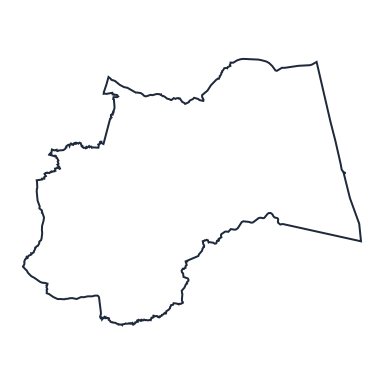 outline of Khuan Khanun, Phatthalung, Thailand
{"feature_id": "78962969B61181446150659", "entity_name": "Khuan Khanun", "entity_type": "district", "adm_level": 2, "iso_a3": "THA", "parent_name": "Thailand", "parent_adm1": "Phatthalung", "projection": "albers", "projection_center": [100.01, 7.757], "detail": "fine", "context": "isolated", "style": "outline", "palette": "slate", "viewbox_px": 384, "rotation_deg": 0, "n_neighbors": 0, "source": "geoboundaries", "source_scale": "gbopen_adm2", "svg_char_len": 5859}
<svg xmlns="http://www.w3.org/2000/svg" viewBox="0 0 384 384"><path d="M108.5,77.0L106.5,84.3L103.8,92.3L103.7,93.8L104.7,93.6L106.4,93.9L112.3,92.8L112.6,94.4L113.8,94.3L114.1,94.9L115.0,94.7L117.0,95.0L118.2,96.5L117.2,97.1L113.5,97.2L113.2,99.2L113.9,99.6L114.5,106.4L114.4,108.8L113.5,110.9L113.7,111.6L113.1,111.8L112.9,112.4L113.2,112.9L112.7,113.4L112.9,113.8L112.6,114.7L111.7,114.4L111.0,114.9L110.9,116.7L111.5,117.5L110.7,118.1L110.5,118.8L110.1,118.8L103.7,143.2L103.3,143.3L103.3,143.9L101.0,142.8L101.3,141.7L100.7,141.6L99.9,142.1L100.0,143.7L98.3,144.5L98.8,145.3L98.4,147.7L93.0,147.4L91.8,147.7L91.4,146.7L90.0,146.7L89.5,147.1L89.0,146.1L87.7,147.2L87.1,147.4L86.4,146.9L86.2,147.3L86.6,147.9L85.7,148.3L85.2,147.7L83.7,147.9L81.9,146.5L82.4,146.0L81.3,145.1L80.7,143.2L79.4,142.7L78.5,143.6L77.1,142.9L76.6,143.4L75.7,142.7L74.6,143.0L75.0,143.9L73.4,144.0L73.1,144.9L71.5,144.4L71.4,143.6L71.1,143.5L70.9,144.0L70.1,144.3L69.5,146.1L69.1,145.2L68.3,144.8L66.4,146.2L66.4,147.4L65.8,147.4L65.3,148.8L63.4,150.1L58.6,150.5L57.6,151.1L56.6,150.6L56.6,149.8L54.4,150.4L51.9,149.5L51.6,152.0L50.2,153.5L51.3,153.4L51.4,153.7L50.0,154.2L49.5,154.8L53.4,155.9L54.7,155.7L54.8,156.3L55.9,156.1L56.5,157.9L57.0,157.9L58.4,160.6L57.7,161.4L58.5,163.8L57.4,164.6L59.2,166.9L60.0,168.6L59.5,168.8L59.2,168.2L57.3,167.5L56.9,168.2L55.0,168.6L55.4,170.8L54.7,170.9L54.5,171.3L53.6,171.2L52.9,171.6L51.9,171.4L51.6,172.0L50.7,172.3L50.5,172.0L49.2,173.1L47.2,172.6L47.0,173.0L45.6,173.0L44.5,173.9L45.9,176.1L44.2,177.2L44.3,178.7L42.1,178.7L42.1,179.5L36.7,180.3L37.0,181.6L37.3,187.9L36.9,188.7L36.7,191.3L37.6,200.7L39.7,206.4L39.4,208.4L41.9,210.4L41.9,212.6L42.3,212.6L44.0,217.4L43.5,221.0L42.1,225.8L41.9,229.9L42.2,233.1L41.6,238.3L41.1,240.1L39.3,241.6L39.3,243.2L37.9,245.8L36.5,246.4L35.9,247.5L35.2,247.6L34.9,249.5L33.9,251.3L33.7,252.4L31.9,253.4L31.2,253.3L31.4,254.5L28.8,255.6L28.0,256.8L26.8,256.6L26.6,256.8L26.5,257.3L27.3,257.6L27.4,258.2L26.2,258.4L25.1,259.5L24.2,261.9L24.5,262.5L24.3,264.4L23.0,266.5L23.2,267.0L23.7,267.0L23.9,267.7L27.0,270.9L28.0,272.9L31.3,276.2L34.3,277.8L40.3,282.0L42.2,282.7L45.3,283.0L47.5,283.7L47.3,285.0L46.6,285.4L46.9,285.8L46.5,287.3L47.3,289.1L46.6,289.9L46.9,291.4L46.6,293.0L46.9,293.3L49.1,294.1L53.3,297.0L57.8,299.1L60.3,299.0L64.4,299.3L65.5,298.9L68.3,298.7L69.1,298.3L72.3,298.1L76.7,299.0L81.0,297.1L83.9,297.2L87.9,296.3L92.4,296.3L94.9,295.6L97.4,295.6L98.3,296.1L99.0,297.3L100.9,312.4L100.9,314.1L100.1,316.8L100.6,318.0L101.4,317.3L102.4,317.9L102.0,318.4L102.1,319.4L103.5,317.8L104.3,317.9L104.3,317.0L104.6,316.8L105.1,317.6L105.6,317.3L105.7,318.2L107.7,317.9L109.0,318.4L108.6,319.7L110.2,320.9L110.4,321.7L112.1,322.4L112.5,322.2L113.2,322.6L115.4,322.8L117.0,323.8L118.5,324.1L118.6,324.6L121.2,324.5L122.2,325.1L122.3,324.4L125.1,323.9L125.5,323.5L126.0,323.7L128.9,323.6L129.0,323.3L130.2,323.2L130.4,323.7L131.7,323.7L131.8,323.1L132.3,322.9L132.8,324.5L133.2,324.7L133.5,324.5L133.2,323.7L134.9,323.5L135.3,322.3L136.7,322.2L136.9,321.5L137.6,321.6L137.3,320.4L138.7,319.8L139.2,320.5L140.3,320.2L140.9,320.9L141.3,320.8L141.2,319.9L141.4,319.7L143.0,320.3L143.7,320.2L144.1,319.6L145.4,320.2L146.0,320.0L148.1,320.4L149.9,319.9L150.7,320.2L151.5,317.7L152.7,317.8L153.2,317.2L153.3,316.1L154.0,316.4L154.1,315.8L155.0,316.2L156.9,316.0L157.7,316.9L158.4,316.7L158.8,317.3L159.5,317.3L159.8,317.1L159.7,316.4L161.6,315.8L161.9,314.9L163.4,314.4L164.6,313.0L165.6,313.6L166.0,313.5L166.3,311.3L168.7,309.7L170.0,308.2L170.1,307.0L170.6,306.5L171.1,305.1L173.0,304.8L173.6,303.2L176.4,303.5L178.9,304.4L179.2,304.2L179.0,303.9L180.9,303.9L181.7,303.2L182.6,303.1L182.9,302.3L182.1,301.1L181.9,299.6L182.4,293.9L182.0,293.2L181.8,290.6L184.4,287.7L185.9,284.3L187.1,283.6L186.8,282.8L186.9,282.3L188.4,280.8L188.4,279.3L187.7,278.4L183.5,276.9L183.1,273.4L182.0,272.4L181.6,270.8L182.7,268.8L183.9,269.0L184.4,268.1L185.5,267.9L185.6,266.0L186.7,265.0L185.8,262.1L186.7,261.7L186.1,261.2L198.3,256.0L199.0,254.3L202.1,250.7L202.5,248.8L203.2,247.8L203.3,247.2L204.0,247.0L204.1,245.5L203.3,244.1L202.8,241.2L204.3,240.8L204.7,240.3L205.7,240.4L206.6,239.8L207.9,240.3L208.6,242.4L209.1,242.1L213.2,242.7L214.8,243.7L216.3,243.3L217.0,240.8L217.4,240.6L218.2,241.0L218.8,240.7L219.1,239.8L218.5,239.4L218.6,238.9L221.4,237.3L221.0,235.8L221.1,234.6L221.6,234.0L225.0,231.7L226.1,231.5L228.4,231.8L230.8,229.1L234.8,229.7L236.4,229.3L237.9,228.0L241.8,222.0L243.3,221.3L248.9,221.9L251.3,222.7L253.0,222.4L258.8,218.0L260.6,217.7L263.2,218.2L264.3,217.9L267.6,213.8L269.0,213.0L270.6,213.0L272.3,214.2L273.5,216.4L274.5,217.4L277.2,218.1L277.9,218.6L278.2,219.6L277.9,221.4L278.1,222.7L280.3,224.5L282.7,224.0L361.0,241.3L359.2,223.7L349.9,198.0L343.8,173.5L344.9,173.2L345.0,172.8L343.1,171.9L343.1,171.5L341.7,169.8L340.6,163.7L335.3,140.5L330.5,121.9L316.6,61.9L312.1,64.5L309.9,65.2L298.5,65.8L284.9,67.8L281.9,67.8L276.9,70.8L275.5,70.5L272.3,66.1L269.3,63.2L266.6,61.6L261.9,60.3L258.6,59.6L243.6,58.9L240.7,59.2L237.4,60.2L233.2,62.7L230.6,62.6L230.7,63.2L229.9,64.7L230.4,65.9L227.9,67.0L227.2,68.2L226.7,67.9L224.3,68.2L223.0,70.4L222.1,71.1L222.1,72.2L221.4,72.7L221.2,74.1L220.5,75.4L219.7,76.1L219.9,76.6L218.8,78.8L217.9,78.6L216.1,79.9L210.9,85.3L207.5,90.6L202.1,95.1L202.1,96.9L203.5,99.7L203.3,100.9L199.8,100.2L198.0,98.9L194.1,97.8L192.9,99.1L190.4,100.2L189.0,101.5L188.8,102.2L185.1,103.9L184.4,103.0L182.2,101.9L179.9,98.5L179.1,98.7L178.9,98.2L178.4,98.1L176.5,98.3L175.5,98.9L173.8,98.1L171.5,100.0L170.5,99.9L169.7,99.3L167.1,98.6L164.4,96.5L163.2,96.0L162.8,96.1L161.3,95.2L161.0,94.4L160.3,94.7L159.7,94.2L156.8,94.0L152.2,95.2L150.7,94.8L146.7,96.2L145.2,96.3L143.7,95.5L142.9,94.5L140.8,93.1L137.1,92.5L135.8,92.6L127.4,87.8L124.0,87.1L119.7,84.8L114.9,80.9L111.4,79.8L110.6,78.7L108.5,77.0Z" fill="none" stroke="#1e293b" stroke-width="2"/></svg>